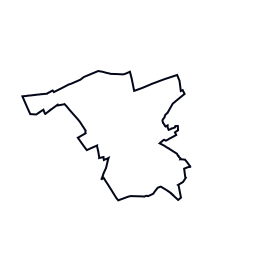 outline of Acolman, México, Mexico, rotated 54°
{"feature_id": "50627088B99442443114281", "entity_name": "Acolman", "entity_type": "district", "adm_level": 2, "iso_a3": "MEX", "parent_name": "Mexico", "parent_adm1": "México", "projection": "natural_earth1", "projection_center": [-98.921, 19.637], "detail": "fine", "context": "isolated", "style": "outline", "palette": "ink", "viewbox_px": 256, "rotation_deg": 54, "n_neighbors": 0, "source": "geoboundaries", "source_scale": "gbopen_adm2", "svg_char_len": 5094}
<svg xmlns="http://www.w3.org/2000/svg" viewBox="0 0 256 256"><g transform="rotate(54 128 128)"><path d="M215.7,129.6L215.5,126.3L215.5,126.1L204.1,120.8L203.5,121.0L204.0,115.2L202.2,110.4L201.5,110.6L193.9,106.5L194.4,104.6L194.7,103.1L194.9,102.6L195.6,101.3L196.0,100.5L195.8,100.3L195.6,100.2L195.0,100.3L194.3,100.3L191.9,100.3L190.4,100.3L187.1,100.5L186.3,101.4L185.8,102.0L185.3,102.5L184.4,103.6L184.1,103.9L184.0,104.1L183.7,103.7L183.6,103.4L183.4,103.4L183.2,103.5L182.8,103.5L182.3,103.6L182.1,103.7L181.8,103.8L181.6,103.8L181.4,103.8L181.2,103.8L180.9,103.8L180.9,103.7L180.7,103.6L180.4,103.5L180.2,103.5L179.9,103.6L179.7,103.8L179.4,103.8L179.2,103.8L178.3,103.6L178.2,103.6L177.9,103.5L177.7,103.5L177.4,103.6L168.3,107.2L168.2,107.1L167.9,107.3L167.7,107.5L163.6,109.1L161.9,109.9L160.2,110.8L159.0,111.4L158.6,106.2L158.7,105.8L158.8,105.7L159.0,105.5L160.2,105.0L160.3,105.0L160.5,104.8L160.5,104.6L160.7,103.6L160.9,102.1L160.9,101.3L161.0,100.4L161.1,99.8L161.2,99.2L161.3,98.5L161.5,97.1L161.6,96.3L161.7,95.5L161.8,94.8L162.0,93.1L160.6,92.8L159.8,92.7L159.7,92.7L159.1,92.6L159.1,90.8L159.3,88.9L156.0,86.7L155.6,86.5L155.2,87.1L155.0,87.5L154.7,88.0L154.4,88.3L154.3,88.6L154.4,88.9L154.6,89.2L154.8,89.3L155.0,89.4L155.1,89.6L155.1,89.8L155.0,90.3L154.7,91.2L154.6,91.6L154.6,92.0L154.0,92.8L153.9,93.1L154.1,93.7L154.0,93.9L153.6,95.5L153.5,95.8L153.4,96.2L152.6,96.0L151.1,95.6L149.9,95.2L149.6,95.2L149.8,94.9L149.6,94.7L149.4,94.5L149.2,94.4L149.2,94.5L149.1,94.9L149.1,95.0L149.1,95.4L149.1,95.6L149.1,95.8L149.1,96.0L149.0,96.3L149.0,96.5L148.9,96.6L148.8,96.8L148.7,96.8L148.4,96.9L148.0,96.7L147.6,96.7L146.8,96.7L145.7,96.6L145.0,96.6L144.8,96.7L144.1,96.5L144.0,96.4L143.8,96.4L143.6,96.3L143.0,96.1L142.8,96.0L142.6,95.9L142.4,95.8L142.0,95.5L141.8,95.2L141.5,94.5L141.3,93.8L141.1,93.1L141.0,92.9L140.9,92.5L140.8,92.1L140.6,91.8L140.5,91.7L140.4,91.6L140.2,91.5L140.0,91.3L139.8,90.9L139.6,90.6L139.5,90.4L139.4,90.2L139.3,89.9L139.2,89.6L139.1,88.8L139.1,88.7L139.1,88.4L139.0,87.8L139.0,87.0L138.8,86.9L138.7,86.5L134.6,77.5L134.5,75.1L134.3,73.3L134.3,72.8L134.0,68.0L133.7,62.2L129.5,61.5L129.1,63.5L120.1,58.6L114.0,57.1L111.2,65.9L110.8,67.1L110.7,67.4L109.6,70.9L109.6,71.0L108.0,76.7L107.5,78.6L106.5,82.1L106.2,83.3L105.7,85.6L104.5,90.7L104.5,90.8L103.9,93.2L101.6,101.2L89.8,95.8L83.6,93.4L83.0,96.6L82.2,99.4L81.7,100.5L78.0,105.1L77.3,106.0L76.5,107.0L74.3,109.9L73.3,110.7L72.3,111.6L69.9,113.7L67.8,115.3L64.4,118.6L60.8,133.7L60.9,138.3L58.8,147.8L58.2,149.8L57.9,150.5L57.8,151.1L57.8,151.5L57.7,152.3L57.6,153.1L57.5,153.3L57.4,154.2L57.0,156.8L56.5,160.1L56.4,160.5L56.3,160.8L56.3,161.2L56.2,162.0L56.1,162.5L56.0,162.8L55.9,163.8L55.7,164.6L55.6,165.4L55.4,166.8L54.9,166.8L54.5,166.9L53.9,166.9L53.7,166.9L53.4,166.9L53.1,168.9L53.1,169.4L53.0,169.6L53.0,170.1L52.9,170.7L52.8,171.0L52.8,171.4L52.7,172.1L52.6,172.4L52.6,173.0L52.7,173.3L52.1,174.3L51.4,175.4L51.2,175.8L50.9,176.3L50.3,177.3L50.1,177.7L49.8,178.2L49.7,178.3L49.5,178.6L48.7,180.1L48.4,180.6L48.1,181.1L47.8,181.6L47.5,182.1L47.0,183.0L46.9,183.1L46.8,183.5L46.5,183.9L46.3,184.3L46.2,184.4L45.8,185.3L45.4,185.9L45.2,186.2L45.1,186.5L44.7,187.2L44.3,187.9L44.1,188.2L44.0,188.4L43.5,189.1L43.1,189.9L42.9,190.2L42.8,190.3L42.6,190.8L42.5,191.1L41.9,192.2L41.8,192.3L40.4,194.6L40.3,194.8L50.6,197.1L54.8,198.0L57.3,198.5L57.9,198.6L59.3,198.9L63.1,194.3L63.3,190.8L63.2,190.8L63.5,185.7L67.6,186.8L68.0,186.6L67.9,183.1L67.8,181.4L67.9,181.5L67.8,176.4L67.8,176.1L67.8,171.3L68.5,171.5L68.6,171.3L71.4,165.5L71.4,165.3L73.9,165.0L76.6,164.8L78.7,164.7L80.8,164.5L82.8,164.3L84.1,164.2L85.0,164.1L85.9,164.0L86.9,163.9L88.8,163.7L90.2,163.6L91.7,163.4L93.0,163.4L94.4,163.3L94.9,163.3L96.4,163.4L98.5,163.5L100.1,163.6L101.2,163.6L102.4,163.7L103.7,163.8L104.8,163.8L105.4,163.9L105.6,164.3L106.0,164.7L106.3,165.0L106.5,165.1L106.8,165.2L107.4,165.4L107.2,166.9L106.8,170.4L106.7,171.7L106.4,174.3L106.6,174.3L113.9,174.4L114.5,174.4L118.8,174.4L121.7,174.3L122.4,170.7L122.7,169.3L124.0,163.4L124.2,163.6L130.0,166.1L131.2,166.7L131.6,166.9L132.7,167.5L133.8,168.0L134.0,168.1L134.8,168.5L135.1,168.7L135.3,168.9L135.5,168.3L135.8,167.9L135.9,167.7L136.3,166.8L136.5,166.3L137.1,164.9L138.9,165.9L139.7,166.3L140.2,164.1L140.5,163.0L140.8,161.3L141.5,162.3L142.5,163.6L142.7,163.8L142.8,163.8L143.0,164.2L143.7,164.9L144.1,165.4L144.3,165.6L144.5,165.8L145.4,166.9L146.0,167.5L146.6,168.3L147.0,168.8L147.8,169.8L147.9,170.1L149.5,173.0L150.1,174.0L151.1,175.5L153.0,178.1L153.8,179.6L154.1,180.0L154.0,179.5L154.0,177.0L158.1,177.3L162.3,177.5L165.2,177.7L168.6,177.9L172.3,178.2L175.3,178.4L175.7,178.4L177.5,178.6L180.8,178.4L183.8,167.8L183.9,167.5L184.1,167.2L184.7,165.8L190.3,158.5L190.8,157.8L192.2,156.1L193.1,155.1L193.2,154.3L193.8,152.7L194.9,151.9L195.3,150.1L196.0,146.3L195.5,144.7L195.2,144.0L193.8,139.1L194.3,137.2L194.7,136.0L195.4,135.6L196.9,135.0L199.3,134.0L199.5,133.9L202.7,132.6L202.8,132.7L204.5,132.0L205.5,131.8L205.5,131.6L208.0,131.1L207.9,131.3L215.7,129.7L215.7,129.6Z" fill="none" stroke="#020617" stroke-width="2"/></g></svg>